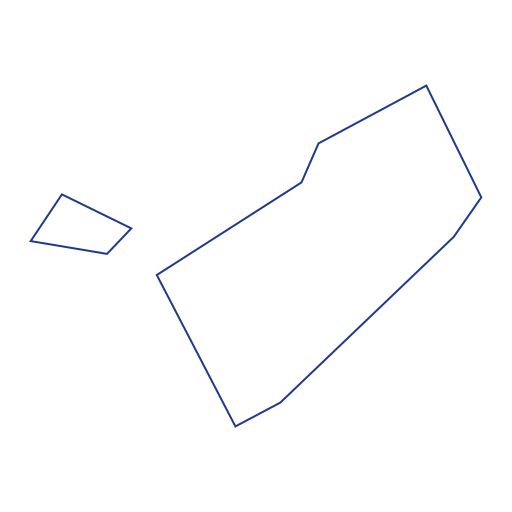 an SVG outline of Paget
{"feature_id": "BMU-5138", "entity_name": "Paget", "entity_type": "state/province", "adm_level": 1, "iso_a3": "BMU", "parent_name": "Bermuda", "parent_adm1": "", "projection": "natural_earth1", "projection_center": [-64.789, 32.281], "detail": "fine", "context": "isolated", "style": "outline", "palette": "blue", "viewbox_px": 512, "rotation_deg": 0, "n_neighbors": 0, "source": "natural_earth", "source_scale": "10m", "svg_char_len": 292}
<svg xmlns="http://www.w3.org/2000/svg" viewBox="0 0 512 512"><path d="M156.8,275.0L301.5,182.4L318.5,143.4L426.3,85.6L481.3,197.4L453.7,236.9L280.3,402.6L235.4,426.4L156.8,275.0ZM61.9,194.4L131.3,228.4L107.0,253.9L30.7,241.1L61.9,194.4Z" fill="none" stroke="#1e3a8a" stroke-width="2"/></svg>